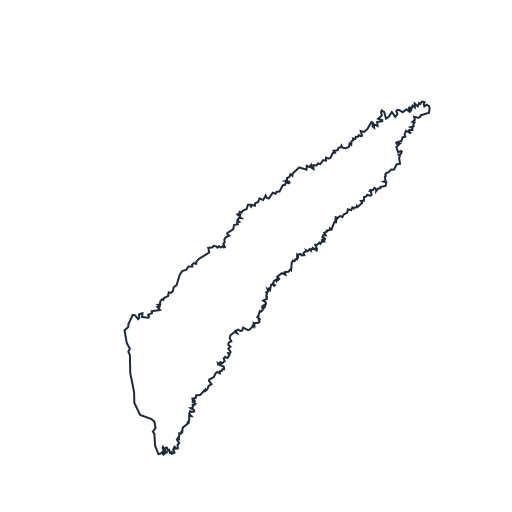 Trinidad, Casanare, Colombia (Mercator projection), rotated 122°
{"feature_id": "7082276B41149975588614", "entity_name": "Trinidad", "entity_type": "district", "adm_level": 2, "iso_a3": "COL", "parent_name": "Colombia", "parent_adm1": "Casanare", "projection": "mercator", "projection_center": [-71.293, 5.357], "detail": "fine", "context": "isolated", "style": "outline", "palette": "slate", "viewbox_px": 512, "rotation_deg": 122, "n_neighbors": 0, "source": "geoboundaries", "source_scale": "gbopen_adm2", "svg_char_len": 6073}
<svg xmlns="http://www.w3.org/2000/svg" viewBox="0 0 512 512"><g transform="rotate(122 256 256)"><path d="M119.2,188.3L118.4,189.6L116.4,189.5L115.3,188.2L111.0,187.1L109.6,184.7L103.7,185.3L101.5,182.7L96.9,186.7L95.0,186.9L94.5,188.6L92.9,187.3L90.3,187.6L90.0,188.6L92.7,190.5L89.2,194.7L84.5,193.6L86.3,196.2L85.5,197.2L81.2,193.6L77.7,194.6L75.7,192.6L74.2,194.4L70.3,195.2L69.9,189.5L69.0,192.8L67.8,192.8L66.2,190.1L64.5,191.3L64.8,193.2L62.4,191.0L61.0,192.3L58.8,192.3L59.4,194.4L56.4,193.4L54.2,195.7L52.7,191.5L51.0,190.4L49.5,191.0L42.9,185.2L38.7,187.0L37.2,188.9L37.3,191.5L39.9,192.5L38.4,194.2L36.2,194.6L37.1,197.1L40.0,197.2L39.8,198.7L43.4,198.2L42.6,202.2L45.9,200.0L45.5,202.9L48.9,202.1L48.4,204.3L49.2,204.7L50.8,204.2L50.7,201.7L52.3,202.0L51.9,206.1L56.3,207.7L56.4,212.2L57.5,213.7L58.8,213.7L60.6,211.4L64.2,211.6L61.9,217.1L67.7,217.2L70.6,218.6L66.0,223.5L66.0,226.5L67.8,226.2L70.1,223.7L74.9,225.1L73.9,220.9L74.8,220.4L78.2,224.3L81.3,221.8L81.9,225.9L84.6,223.8L84.3,225.8L81.0,227.6L81.2,229.1L89.6,228.8L93.5,230.1L94.5,233.4L97.8,229.8L98.9,230.5L99.0,232.8L100.9,232.7L102.0,234.5L104.1,233.9L104.9,236.0L106.0,234.8L108.2,235.8L111.2,234.2L111.0,236.2L114.2,235.0L117.2,237.0L118.3,240.2L117.2,242.0L118.6,241.7L120.6,243.3L123.0,242.8L125.7,245.9L126.6,243.8L128.1,245.5L133.4,244.9L134.8,245.9L135.5,248.7L138.0,247.2L139.1,249.8L144.2,250.3L144.5,252.4L147.2,252.8L148.6,255.6L151.8,253.3L151.7,256.0L149.7,257.5L152.3,257.9L152.6,260.8L156.0,258.9L158.0,266.3L166.6,268.6L168.7,267.7L168.5,270.2L171.3,269.5L173.4,271.1L175.4,269.8L176.8,270.9L175.4,267.2L176.1,266.4L177.2,267.1L177.3,269.9L180.3,269.0L181.9,270.8L188.8,270.2L190.7,272.6L192.8,272.4L193.4,275.3L200.5,275.6L201.0,277.7L199.6,279.9L204.7,279.6L205.3,283.5L209.1,282.8L211.7,284.7L214.0,283.6L214.7,286.5L216.7,286.3L215.6,288.4L216.8,290.0L221.2,288.8L224.5,291.2L226.7,291.2L227.1,293.2L229.1,292.7L230.6,293.8L230.9,292.7L229.4,291.3L231.5,290.5L231.7,288.5L233.0,290.7L235.6,290.7L235.9,288.3L237.5,289.8L238.7,288.3L241.3,291.0L245.5,289.5L251.6,292.5L252.8,291.9L253.0,289.5L256.4,291.6L259.2,291.5L260.6,289.9L263.0,290.1L265.0,287.1L265.9,288.0L265.3,289.4L267.5,290.4L267.3,292.5L269.4,293.2L268.8,294.7L269.9,297.3L271.8,297.5L274.4,300.8L277.8,297.5L288.9,303.0L292.7,303.5L294.4,302.6L294.9,304.9L297.4,305.6L298.7,304.4L300.8,307.8L304.6,307.8L307.9,310.6L312.4,310.7L322.8,307.9L326.1,309.2L330.1,307.9L332.4,308.7L333.1,310.8L336.6,309.3L340.3,311.8L342.3,311.3L342.6,312.8L345.5,313.1L347.7,311.7L349.3,313.2L349.3,311.1L350.5,310.9L351.5,312.5L352.7,308.8L358.1,315.2L359.5,313.9L363.0,316.3L364.2,314.6L365.5,314.7L368.1,320.3L364.7,322.0L367.5,324.3L370.3,322.2L372.0,322.5L370.4,327.0L371.3,329.3L381.4,328.1L383.9,326.7L388.7,328.1L398.1,319.7L401.5,313.9L404.9,313.5L406.9,310.4L421.9,300.6L436.1,287.2L445.0,281.4L452.2,270.0L449.7,258.6L450.2,254.5L455.0,250.1L459.6,250.4L460.5,248.1L470.3,241.1L475.8,233.7L472.8,231.3L473.5,229.2L471.6,228.6L471.5,230.4L469.8,227.9L469.2,229.9L470.4,232.4L468.6,230.9L468.3,233.5L467.3,233.7L468.2,232.3L465.7,230.2L467.5,227.4L466.5,226.9L468.5,224.4L467.0,223.7L468.3,222.6L466.0,220.9L463.9,223.7L462.4,223.9L463.2,223.2L461.2,223.0L461.8,221.9L460.7,220.3L457.6,222.5L455.4,222.0L453.6,225.8L451.6,225.8L451.9,224.5L447.0,227.1L446.6,225.7L444.6,226.1L444.5,225.2L440.4,227.2L433.3,224.7L433.1,225.8L431.3,225.3L426.9,228.0L426.0,226.0L425.2,229.1L422.4,229.6L422.4,227.9L420.6,226.0L419.4,227.1L419.6,230.7L418.4,229.3L416.3,230.0L415.8,231.6L415.4,229.6L413.7,229.0L413.8,230.1L412.2,230.8L413.8,233.0L411.3,231.5L411.1,232.5L412.2,232.7L410.6,234.4L408.4,231.8L405.9,232.9L403.6,229.8L396.3,228.3L397.3,227.5L394.9,226.6L391.5,227.4L388.2,225.8L386.9,229.7L385.4,230.2L381.1,227.6L376.5,228.1L374.8,227.3L374.7,224.5L373.0,225.6L371.9,224.2L370.0,224.6L369.0,223.0L366.9,224.7L367.6,228.3L366.5,228.6L368.1,230.7L367.3,231.4L367.5,230.3L364.9,230.1L364.6,227.7L361.7,226.9L359.3,229.9L359.8,228.8L357.9,228.7L357.7,226.3L354.4,226.0L353.1,228.1L352.4,226.5L350.9,226.7L349.1,230.4L346.5,229.6L346.0,232.4L344.1,233.3L341.4,231.7L339.6,234.8L336.9,235.7L331.6,233.8L331.4,231.5L330.3,233.7L327.9,232.1L327.9,229.6L326.5,228.2L323.6,229.0L323.1,223.7L322.0,222.5L317.5,221.4L316.3,222.3L316.9,221.0L314.7,222.2L315.3,220.9L313.9,221.9L311.3,218.5L309.8,218.1L308.7,219.8L307.6,219.4L307.2,222.3L306.2,221.9L305.9,223.3L305.7,222.3L300.7,223.5L300.7,222.4L298.2,221.7L296.2,223.4L296.1,222.1L294.9,222.8L294.7,221.5L293.2,222.0L293.7,223.3L291.2,222.1L290.1,223.3L290.1,226.3L286.4,224.0L285.3,225.5L283.8,225.2L284.7,225.9L284.0,226.4L281.3,226.9L281.3,228.0L278.2,226.7L278.7,227.8L278.0,228.7L278.1,227.7L276.8,227.8L277.5,226.1L272.3,228.0L271.2,226.8L271.7,224.8L270.7,224.6L270.3,227.1L267.7,227.5L265.6,226.5L266.3,225.3L264.0,225.9L264.4,224.4L263.0,224.2L262.3,227.0L256.9,225.0L256.3,221.3L255.3,222.7L255.1,222.0L253.9,222.7L252.3,220.2L249.4,219.7L249.5,218.7L242.7,222.2L240.2,222.2L240.1,220.6L237.8,220.8L237.1,219.4L233.5,221.5L234.1,220.1L232.3,220.9L230.7,219.5L231.3,217.6L229.7,215.5L228.5,217.3L226.8,216.9L225.3,216.2L225.3,214.8L224.6,216.1L224.5,214.8L221.8,214.1L222.4,212.2L220.8,212.7L220.0,211.2L219.3,210.9L220.0,212.3L219.0,212.2L219.2,207.5L217.7,208.0L214.8,212.4L215.1,210.4L211.0,209.3L211.6,207.9L209.0,207.7L207.8,206.1L207.5,208.5L206.1,208.1L206.6,206.4L204.8,206.6L204.7,209.8L202.9,210.0L201.5,207.8L200.3,210.5L197.5,208.7L196.8,209.4L194.9,207.2L193.4,207.9L193.5,205.9L186.1,207.5L185.0,205.9L183.6,206.7L184.7,207.7L181.9,207.0L182.3,208.2L180.9,209.0L180.5,207.1L177.5,205.8L177.2,203.4L174.3,203.6L171.1,201.6L167.7,202.8L166.6,199.6L163.8,200.0L164.0,198.4L163.1,198.6L161.5,196.5L160.1,196.9L160.5,195.8L154.7,194.1L153.7,196.2L151.9,193.8L148.6,195.7L147.2,194.0L145.2,194.2L144.3,190.9L143.0,190.4L140.2,192.8L140.6,194.0L139.5,194.0L138.2,191.7L135.5,191.7L135.7,189.4L137.3,188.5L134.0,188.2L132.7,186.4L131.4,187.0L127.9,183.2L124.4,184.6L125.3,187.2L123.6,186.0L120.6,188.6L119.2,188.3Z" fill="none" stroke="#1e293b" stroke-width="2"/></g></svg>